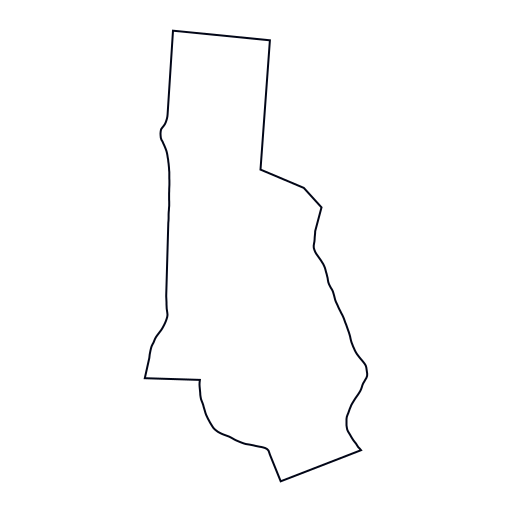 General Angel V. Peñaloza, La Rioja, Argentina (Natural Earth projection)
{"feature_id": "61730980B31870245826613", "entity_name": "General Angel V. Peñaloza", "entity_type": "district", "adm_level": 2, "iso_a3": "ARG", "parent_name": "Argentina", "parent_adm1": "La Rioja", "projection": "natural_earth1", "projection_center": [-66.64, -30.285], "detail": "fine", "context": "isolated", "style": "outline", "palette": "ink", "viewbox_px": 512, "rotation_deg": 0, "n_neighbors": 0, "source": "geoboundaries", "source_scale": "gbopen_adm2", "svg_char_len": 3317}
<svg xmlns="http://www.w3.org/2000/svg" viewBox="0 0 512 512"><path d="M144.8,378.2L199.9,379.9L199.6,382.3L199.5,384.4L199.6,386.5L199.8,388.6L200.0,390.7L200.2,392.8L200.3,394.9L200.6,397.0L201.0,399.1L201.7,401.0L202.5,403.0L203.2,405.0L203.7,407.0L204.3,409.0L204.9,411.0L205.5,413.1L206.2,415.0L207.1,416.9L208.0,418.8L209.0,420.6L210.0,422.5L211.1,424.3L212.2,426.1L213.3,427.8L214.7,429.3L216.3,430.6L217.9,431.8L219.7,432.8L221.5,433.7L223.4,434.5L225.3,435.2L227.2,435.9L229.1,436.6L230.9,437.5L232.7,438.5L234.4,439.5L236.2,440.4L238.1,441.2L240.0,442.0L241.8,442.7L243.7,443.4L245.7,444.0L247.6,444.3L249.6,444.6L251.6,445.0L253.6,445.4L255.5,445.9L257.5,446.3L259.5,446.7L261.4,447.0L263.4,447.5L265.3,448.1L267.1,449.1L268.5,450.6L269.2,452.5L269.9,454.6L280.7,481.3L361.0,450.2L359.7,448.6L358.2,447.1L357.1,445.4L356.0,443.6L354.7,442.0L353.4,440.3L352.3,438.6L351.2,436.8L350.2,435.0L349.1,433.2L348.0,431.4L347.2,429.5L346.8,427.4L346.5,425.3L346.5,423.2L346.5,421.1L346.5,419.0L346.8,416.9L347.5,414.9L348.3,413.0L349.0,411.0L349.7,409.0L350.5,407.1L351.3,405.1L352.3,403.3L353.4,401.5L354.5,399.7L355.6,398.0L356.8,396.3L358.0,394.6L359.1,392.9L360.2,391.1L361.1,389.2L361.8,387.2L362.4,385.2L363.2,383.3L364.3,381.5L365.3,379.7L366.4,377.9L367.1,375.9L367.2,373.8L366.9,371.7L366.3,367.5L365.7,365.5L364.6,363.7L363.3,362.0L362.0,360.4L360.7,358.9L359.4,357.3L358.1,355.6L356.9,354.0L355.8,352.2L354.8,350.3L354.0,348.4L353.1,346.5L352.4,344.6L351.6,342.6L351.0,340.6L350.5,338.5L350.1,336.5L349.5,334.4L348.9,332.4L348.2,330.5L347.5,328.5L346.8,326.5L346.1,324.5L345.3,322.6L344.6,320.6L343.9,318.6L343.1,316.7L342.2,314.8L341.2,313.0L340.3,311.1L339.3,309.2L338.4,307.3L337.6,305.4L336.7,303.5L335.8,301.6L335.1,299.6L334.6,297.6L334.1,295.6L333.5,293.5L332.9,291.5L332.0,289.6L330.9,287.9L329.9,286.0L329.0,284.2L328.3,282.2L327.9,280.1L327.6,278.0L327.1,276.0L326.6,273.9L326.0,271.9L325.5,269.9L324.9,267.8L324.1,265.9L323.2,264.0L322.1,262.3L321.0,260.5L319.8,258.8L318.6,257.1L317.4,255.4L316.2,253.7L315.2,251.9L314.4,249.9L313.8,247.9L313.7,245.8L314.0,243.7L314.4,241.6L314.6,239.5L314.7,237.4L314.9,235.3L315.1,233.2L315.2,231.1L321.5,207.4L303.8,187.9L260.5,169.6L269.9,40.3L173.0,30.7L167.6,114.2L167.4,116.3L167.0,118.4L166.4,120.4L165.7,122.4L164.8,124.3L163.6,126.0L162.3,127.6L161.1,129.3L160.7,131.3L160.5,133.5L160.6,135.6L160.8,137.7L161.4,139.7L162.5,141.5L163.3,143.4L164.2,145.3L165.0,147.2L165.8,149.2L166.5,151.2L167.0,153.2L167.4,155.3L167.7,157.4L168.1,159.5L168.3,161.6L168.6,163.7L168.8,165.8L169.0,167.9L169.1,170.0L169.3,172.1L169.3,174.2L169.3,176.3L169.3,178.4L169.4,180.5L169.4,182.6L169.4,184.8L169.3,186.9L169.2,189.0L169.2,191.1L169.1,193.2L169.1,195.3L169.1,197.4L169.1,199.5L169.2,201.7L169.2,203.8L169.2,205.9L169.0,208.0L168.9,210.1L168.7,212.2L168.6,214.3L168.6,216.4L168.6,218.5L168.5,220.7L168.3,222.8L166.2,296.0L166.3,298.1L166.4,300.2L166.5,302.3L166.5,304.4L166.6,306.5L166.7,308.6L167.0,310.7L167.3,312.8L167.5,314.9L167.2,317.0L166.6,319.0L165.9,321.0L165.1,322.9L164.2,324.8L163.2,326.7L162.2,328.5L161.1,330.2L159.8,331.9L158.6,333.5L157.3,335.2L156.1,336.9L155.1,338.7L154.3,340.6L153.5,342.6L152.5,344.4L151.6,346.3L151.0,348.3L150.5,350.4L150.1,352.4L149.7,354.5L149.3,358.0L144.8,378.2Z" fill="none" stroke="#020617" stroke-width="2"/></svg>